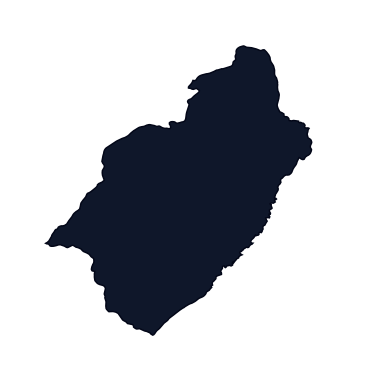 Buritis, Minas Gerais, Brazil (Equal Earth projection), rotated 51°
{"feature_id": "56859067B61021153009165", "entity_name": "Buritis", "entity_type": "district", "adm_level": 2, "iso_a3": "BRA", "parent_name": "Brazil", "parent_adm1": "Minas Gerais", "projection": "equal_earth", "projection_center": [-46.564, -15.44], "detail": "fine", "context": "isolated", "style": "filled", "palette": "ink", "viewbox_px": 384, "rotation_deg": 51, "n_neighbors": 0, "source": "geoboundaries", "source_scale": "gbopen_adm2", "svg_char_len": 6053}
<svg xmlns="http://www.w3.org/2000/svg" viewBox="0 0 384 384"><g transform="rotate(51 192 192)"><path d="M270.6,182.6L270.2,181.8L269.8,179.6L270.3,178.3L270.1,176.9L269.4,177.6L268.5,177.9L267.5,177.6L266.9,176.6L266.6,175.7L266.5,173.7L266.3,172.3L265.7,171.1L265.4,170.0L266.1,170.1L266.6,168.7L267.2,167.6L267.1,166.7L266.0,166.0L266.0,164.4L267.1,163.8L266.9,162.5L266.1,161.7L265.7,160.4L264.8,159.6L264.1,159.3L263.5,158.6L263.2,157.5L263.6,156.4L262.6,154.0L261.9,151.9L260.9,151.9L258.6,151.1L259.1,149.9L260.0,148.8L260.8,148.1L260.1,147.1L258.6,146.8L257.8,145.9L258.5,145.1L257.8,144.3L256.7,144.2L255.5,143.8L254.8,143.2L254.8,141.9L255.1,140.9L254.9,139.9L252.4,139.1L251.7,138.4L250.9,138.9L250.2,138.5L250.6,137.1L251.9,135.7L252.1,133.6L250.4,133.3L250.0,132.5L250.6,131.9L250.6,130.8L249.5,130.9L248.6,131.6L247.8,130.8L247.4,129.9L246.2,128.3L245.9,127.1L244.8,124.1L243.9,123.1L243.0,122.6L242.0,122.4L241.6,121.1L241.1,120.3L241.2,119.1L240.8,117.8L240.3,116.7L239.4,116.4L238.0,115.2L237.9,114.2L238.0,113.1L237.6,110.5L237.7,109.0L238.3,107.7L239.1,106.9L239.8,105.5L239.8,103.5L239.5,102.2L237.7,99.0L237.0,97.0L236.4,94.6L235.8,93.1L234.4,91.0L232.6,87.1L233.4,86.7L234.2,86.7L235.8,86.0L236.6,85.4L237.1,84.3L236.2,82.0L236.2,80.9L236.3,79.6L236.6,78.3L236.6,76.8L236.3,75.6L235.5,74.0L234.7,72.9L234.0,72.3L232.5,72.2L231.3,71.6L230.5,70.8L229.2,68.3L228.6,67.6L226.8,66.9L225.8,66.8L222.9,67.7L219.8,66.3L219.0,65.5L218.0,64.0L217.1,63.1L216.6,62.2L216.2,61.0L215.2,61.5L214.1,63.0L213.1,63.8L212.2,63.5L211.4,62.3L210.5,62.0L208.8,62.1L207.7,63.1L206.3,63.7L205.6,64.9L204.8,65.2L204.0,64.6L200.4,68.0L199.3,70.0L197.7,71.4L196.7,71.1L196.0,70.6L194.7,70.5L193.7,70.7L192.8,71.3L191.6,72.7L190.4,72.4L189.2,71.5L187.3,72.1L184.9,73.3L181.3,72.6L178.7,71.6L177.5,70.6L174.0,65.8L171.4,63.1L170.0,62.3L167.5,61.6L166.2,60.9L164.4,59.7L162.4,57.8L161.7,57.5L160.8,56.6L159.8,56.0L156.5,54.6L154.6,54.5L153.1,54.1L151.7,53.2L149.2,51.1L145.8,49.5L144.8,49.2L140.4,48.7L138.1,47.8L137.0,47.0L136.1,46.6L133.7,46.1L130.1,46.0L127.1,46.3L126.2,47.3L125.7,49.0L125.1,49.9L121.4,52.0L117.4,54.9L113.9,58.5L111.5,59.6L110.8,60.2L109.9,62.3L109.3,63.9L109.1,66.3L109.5,67.9L110.3,69.1L111.6,70.0L112.6,71.0L113.5,72.8L114.5,73.5L116.3,74.4L116.8,75.5L116.7,76.9L116.9,78.2L118.2,79.6L118.9,80.9L119.0,82.1L118.4,83.8L116.2,89.4L115.5,90.8L114.9,91.5L113.6,94.8L112.7,96.3L112.2,99.0L110.9,103.4L110.0,105.2L109.1,106.7L107.3,110.7L106.7,112.5L106.5,114.3L106.7,115.9L107.0,117.0L107.5,118.1L107.1,120.0L105.9,121.0L107.0,123.0L107.6,125.4L107.8,127.3L108.2,128.7L109.0,129.3L110.5,128.0L111.2,127.5L112.0,127.3L113.1,126.3L114.2,123.4L115.7,122.9L117.0,122.6L118.1,122.6L118.6,123.6L118.8,125.2L118.7,129.7L119.1,133.9L118.4,136.0L118.3,137.2L118.7,138.3L119.9,138.9L122.0,139.0L122.8,139.9L126.7,145.9L127.9,147.4L130.9,150.5L131.7,151.7L132.3,153.2L131.6,155.3L131.1,156.1L130.4,158.0L129.1,160.6L126.9,161.3L126.1,161.8L125.1,162.8L124.2,164.1L123.9,165.8L124.9,166.8L127.1,167.1L128.7,168.2L128.8,169.4L128.2,170.2L126.6,171.5L125.5,173.0L124.8,173.6L123.4,174.6L120.8,175.6L120.0,176.1L119.4,177.3L118.5,178.5L116.9,179.3L113.1,182.4L112.4,183.4L111.6,185.1L110.9,187.8L109.5,190.3L108.7,192.0L108.4,193.1L107.7,198.9L107.7,202.4L108.0,205.0L108.0,206.7L107.5,209.7L106.4,212.7L105.0,218.6L103.8,230.9L103.9,232.0L104.2,233.0L104.5,233.8L105.3,235.1L106.4,236.3L107.7,238.2L111.5,242.7L113.4,243.2L115.3,243.3L116.1,243.5L116.9,244.0L117.6,244.7L119.0,248.2L120.6,249.7L122.6,251.0L127.7,252.8L127.7,255.8L126.8,259.1L126.9,260.9L127.5,261.5L128.0,263.0L128.1,264.2L128.1,270.3L127.9,272.0L127.3,274.1L127.6,275.2L128.9,277.6L129.4,279.8L129.7,281.5L130.7,285.1L131.4,286.1L132.8,287.7L134.5,290.0L134.6,292.2L134.3,294.4L134.4,297.0L134.7,298.5L135.7,301.0L136.8,305.7L138.1,309.6L137.8,312.0L137.1,313.7L136.3,314.6L135.7,315.7L135.3,317.0L135.2,318.1L136.1,319.8L135.5,321.3L135.5,322.3L136.3,324.4L137.1,327.4L137.5,328.3L138.1,329.0L140.0,334.1L140.1,336.2L139.8,338.0L140.7,337.6L142.2,336.2L144.7,336.2L145.6,335.5L147.0,333.7L148.1,331.5L149.0,329.1L150.1,327.5L153.8,325.2L156.0,324.4L156.9,323.6L157.4,321.6L158.0,318.7L158.7,317.9L162.0,316.8L162.9,316.0L164.4,315.1L166.1,314.3L167.1,314.0L168.2,314.1L169.9,313.8L173.1,312.1L175.4,311.2L176.2,311.1L178.9,311.1L181.5,310.4L182.4,310.6L184.1,311.8L184.9,312.6L185.5,313.6L185.9,314.7L187.2,317.0L188.7,318.8L189.5,319.1L190.5,319.2L192.5,317.5L194.3,319.5L195.3,320.2L196.7,321.4L199.2,322.9L200.0,323.2L202.9,323.1L203.9,322.9L205.6,322.1L208.4,320.1L209.8,319.5L211.8,319.6L212.8,320.3L215.7,324.0L216.3,324.5L218.4,325.1L219.3,326.2L220.1,326.6L222.5,327.5L223.5,328.1L226.4,330.7L228.4,332.0L229.4,332.2L231.7,332.1L232.7,331.9L234.9,328.9L235.6,328.2L237.4,326.8L239.8,325.8L247.8,326.4L249.0,326.0L251.1,325.1L252.1,324.9L253.6,324.9L257.5,321.7L258.4,321.5L259.4,321.8L260.2,322.4L262.3,321.9L263.4,321.4L264.0,320.7L265.1,318.9L265.9,318.4L270.1,316.3L271.9,314.9L273.7,314.0L274.6,313.4L276.6,313.3L278.5,312.6L278.8,311.6L278.6,310.2L277.8,307.6L277.6,306.4L277.6,303.6L277.4,302.2L276.3,296.3L276.4,291.8L275.8,289.3L276.1,276.0L276.4,272.3L276.7,271.1L276.7,269.5L277.3,265.2L277.7,263.6L278.3,262.1L278.9,258.8L279.0,257.4L279.0,254.2L279.1,253.2L280.0,250.1L280.2,248.7L280.2,247.3L279.7,245.1L279.1,244.4L278.8,243.4L279.2,240.4L278.8,239.0L278.5,236.7L277.6,236.6L277.0,236.0L277.3,234.6L275.5,233.7L275.0,233.0L274.9,231.9L274.9,230.9L274.4,228.0L273.5,227.3L273.0,226.4L273.1,225.0L274.6,221.0L273.8,220.3L273.0,219.9L271.9,219.8L271.1,218.7L270.5,216.5L269.1,215.0L269.4,214.0L270.0,213.4L270.9,213.8L271.7,213.7L271.8,212.6L271.4,211.0L272.0,210.3L272.5,209.0L273.5,208.6L274.2,207.8L274.3,206.5L273.1,205.8L272.0,204.7L272.3,203.7L273.3,204.4L272.7,202.0L272.5,200.6L272.0,199.4L272.4,198.2L272.5,197.1L271.7,196.3L271.8,194.3L272.3,192.6L270.4,193.3L269.0,192.8L268.8,191.7L269.4,190.9L268.8,189.8L269.2,188.9L268.7,187.6L269.0,186.5L269.0,185.3L269.3,184.2L270.3,183.6L270.6,182.6Z" fill="#0f172a" stroke="#020617" stroke-width="1.5"/></g></svg>